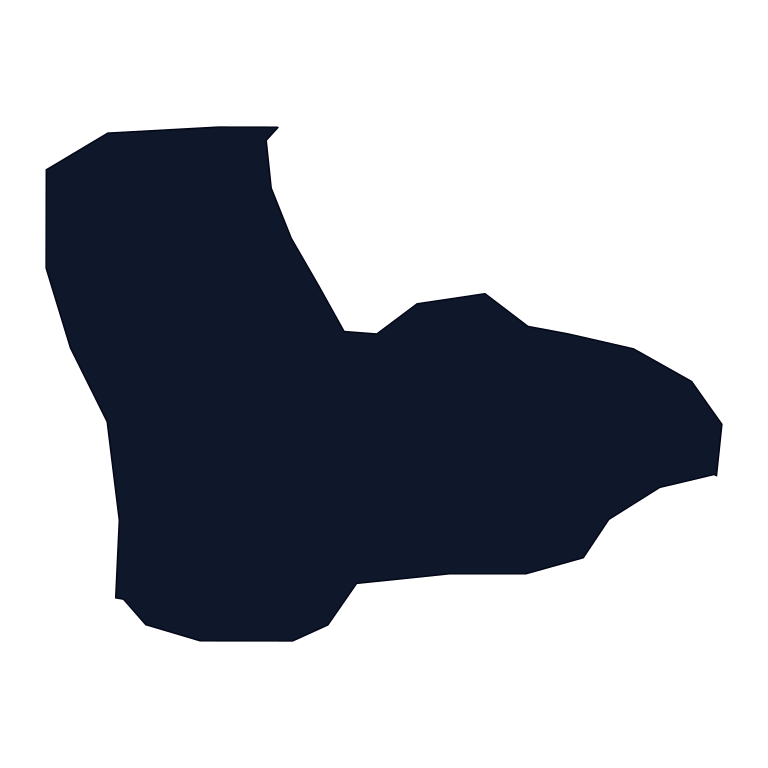 Mölndal, Västra Götaland, Sweden
{"feature_id": "70781695B68601782286735", "entity_name": "Mölndal", "entity_type": "district", "adm_level": 2, "iso_a3": "SWE", "parent_name": "Sweden", "parent_adm1": "Västra Götaland", "projection": "orthographic", "projection_center": [12.149, 57.629], "detail": "fine", "context": "isolated", "style": "filled", "palette": "ink", "viewbox_px": 768, "rotation_deg": 0, "n_neighbors": 0, "source": "geoboundaries", "source_scale": "gbopen_adm2", "svg_char_len": 585}
<svg xmlns="http://www.w3.org/2000/svg" viewBox="0 0 768 768"><path d="M716.5,475.6L721.9,424.3L708.4,405.3L691.6,381.5L633.6,348.9L568.1,333.9L527.9,326.4L485.0,293.7L417.1,303.8L376.8,334.0L344.1,331.5L318.9,286.2L291.3,238.4L271.2,188.1L266.2,140.3L277.8,127.6L277.1,127.2L218.2,127.1L107.8,133.1L46.3,169.8L46.1,268.0L70.5,348.0L107.2,421.8L119.3,520.3L115.7,597.8L123.5,599.2L145.8,624.7L200.1,640.8L292.7,640.9L327.9,624.9L356.6,583.4L449.2,573.8L525.8,573.8L583.3,557.7L608.8,519.4L659.7,487.4L714.0,474.5L716.5,475.6Z" fill="#0f172a" stroke="#020617" stroke-width="1.5"/></svg>